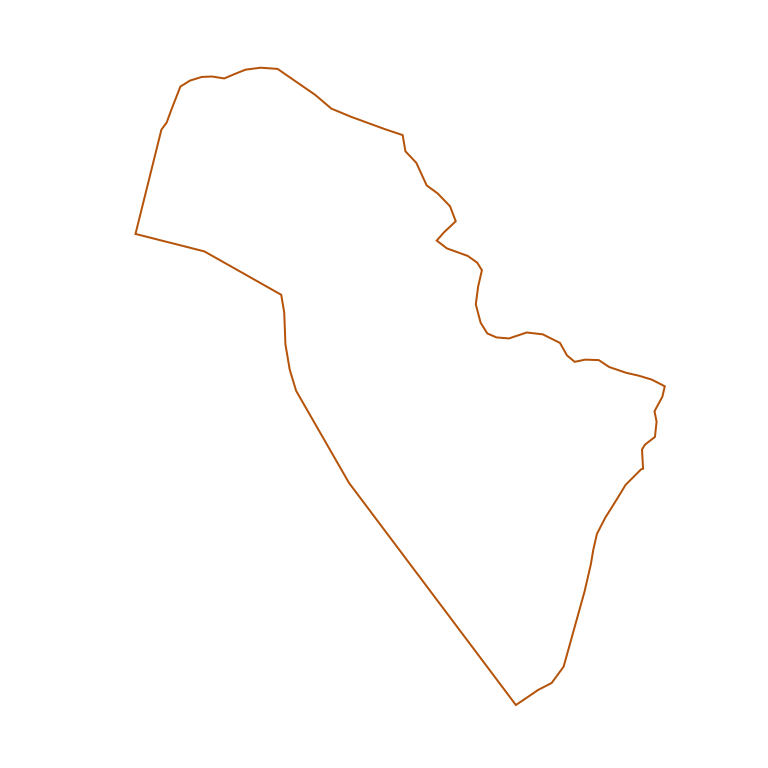 Tebedu, Sarawak, Malaysia, rotated 193°
{"feature_id": "92858781B78299501514110", "entity_name": "Tebedu", "entity_type": "district", "adm_level": 2, "iso_a3": "MYS", "parent_name": "Malaysia", "parent_adm1": "Sarawak", "projection": "albers", "projection_center": [110.423, 1.04], "detail": "fine", "context": "isolated", "style": "outline", "palette": "amber", "viewbox_px": 768, "rotation_deg": 193, "n_neighbors": 0, "source": "geoboundaries", "source_scale": "gbopen_adm2", "svg_char_len": 1102}
<svg xmlns="http://www.w3.org/2000/svg" viewBox="0 0 768 768"><g transform="rotate(193 384 384)"><path d="M112.5,359.7L117.9,378.3L116.1,383.6L108.1,393.4L109.9,408.5L114.3,418.3L109.9,434.3L109.9,444.9L124.1,448.5L137.4,449.4L150.7,449.4L168.5,451.2L180.1,455.6L193.4,453.0L203.2,448.5L212.1,453.0L221.8,463.6L240.5,468.1L256.5,466.3L272.5,456.5L284.9,454.7L294.7,456.5L303.6,465.4L312.5,482.3L314.2,500.1L314.2,516.9L320.5,523.2L331.1,527.6L353.3,530.3L364.9,535.6L359.6,545.4L350.7,558.7L359.6,572.0L374.7,581.8L387.1,587.1L402.2,606.7L415.5,615.6L421.8,630.7L440.4,632.5L476.0,636.9L497.3,640.5L516.0,650.2L558.6,667.1L575.5,664.4L589.7,659.1L598.6,652.9L608.4,645.8L620.8,644.9L630.6,642.2L641.3,636.0L649.3,628.0L651.0,616.4L652.8,604.0L654.6,589.8L656.0,586.6L658.1,581.8L659.9,474.3L588.9,472.8L504.2,447.8L497.3,431.2L489.0,400.6L479.2,377.0L468.1,357.6L395.9,279.8L183.3,100.9L175.7,109.0L165.0,120.6L153.4,130.4L145.4,149.0L141.9,227.2L141.9,254.8L142.8,269.9L142.8,285.9L138.3,303.6L131.2,324.1L125.9,340.1L114.3,358.7L112.5,359.7Z" fill="none" stroke="#b45309" stroke-width="2"/></g></svg>